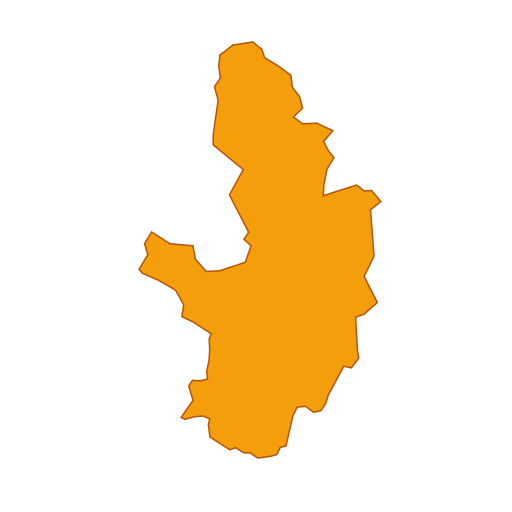 Mirditë, Lezhë, Albania, rotated 304°
{"feature_id": "67620474B99888539945274", "entity_name": "Mirditë", "entity_type": "district", "adm_level": 2, "iso_a3": "ALB", "parent_name": "Albania", "parent_adm1": "Lezhë", "projection": "orthographic", "projection_center": [19.989, 41.852], "detail": "fine", "context": "isolated", "style": "filled", "palette": "amber", "viewbox_px": 512, "rotation_deg": 304, "n_neighbors": 0, "source": "geoboundaries", "source_scale": "gbopen_adm2", "svg_char_len": 1597}
<svg xmlns="http://www.w3.org/2000/svg" viewBox="0 0 512 512"><g transform="rotate(304 256 256)"><path d="M332.7,152.7L324.2,158.4L322.9,172.0L320.5,197.1L291.8,199.8L271.6,236.6L268.5,236.6L265.7,236.6L263.1,236.6L262.7,239.5L262.4,241.4L261.8,246.2L244.8,250.6L223.3,234.0L215.4,223.4L219.4,207.7L229.2,198.0L218.1,177.9L217.5,156.0L213.8,156.2L209.9,156.4L203.8,156.8L200.7,160.6L198.2,163.6L196.6,165.6L192.8,165.8L179.6,166.4L178.2,171.6L181.3,188.3L182.7,208.1L179.0,216.1L174.8,223.5L164.3,228.4L166.1,240.8L166.5,262.4L161.0,263.6L152.7,269.8L143.5,275.3L132.9,279.6L126.9,284.6L121.4,279.6L117.3,272.8L110.8,272.8L101.1,284.5L80.3,284.2L80.9,288.6L88.0,294.5L93.8,301.7L95.0,308.8L89.7,310.7L80.2,319.0L80.7,342.7L85.7,346.3L86.0,355.8L89.5,361.3L89.5,370.4L93.3,374.8L98.3,380.3L103.0,384.3L111.0,383.1L115.1,387.1L144.0,376.0L153.7,374.7L159.1,381.2L158.6,391.0L163.9,396.2L172.7,396.3L181.0,393.7L213.7,390.4L216.6,397.6L228.8,398.3L234.2,393.1L261.0,372.8L267.8,378.0L285.3,382.6L299.5,357.1L321.9,353.9L358.4,325.1L371.0,329.0L374.9,315.2L370.5,309.4L371.0,299.6L343.7,278.1L352.4,272.8L367.5,266.3L381.1,265.6L384.0,256.5L388.9,248.0L402.8,249.6L400.1,232.0L391.6,220.7L392.2,209.3L398.9,210.7L404.6,211.9L407.1,209.1L409.9,206.0L412.4,203.1L416.3,191.7L425.4,183.8L426.0,168.9L425.3,152.2L430.3,145.5L431.1,144.3L430.7,142.4L431.8,133.8L429.2,131.0L425.0,126.5L418.0,118.9L413.3,117.3L407.6,115.5L402.4,113.7L397.1,116.6L392.6,119.0L383.6,126.9L373.1,126.9L364.0,137.5L358.2,140.3L348.1,145.2L341.7,148.3L332.7,152.7Z" fill="#f59e0b" stroke="#b45309" stroke-width="1.5"/></g></svg>